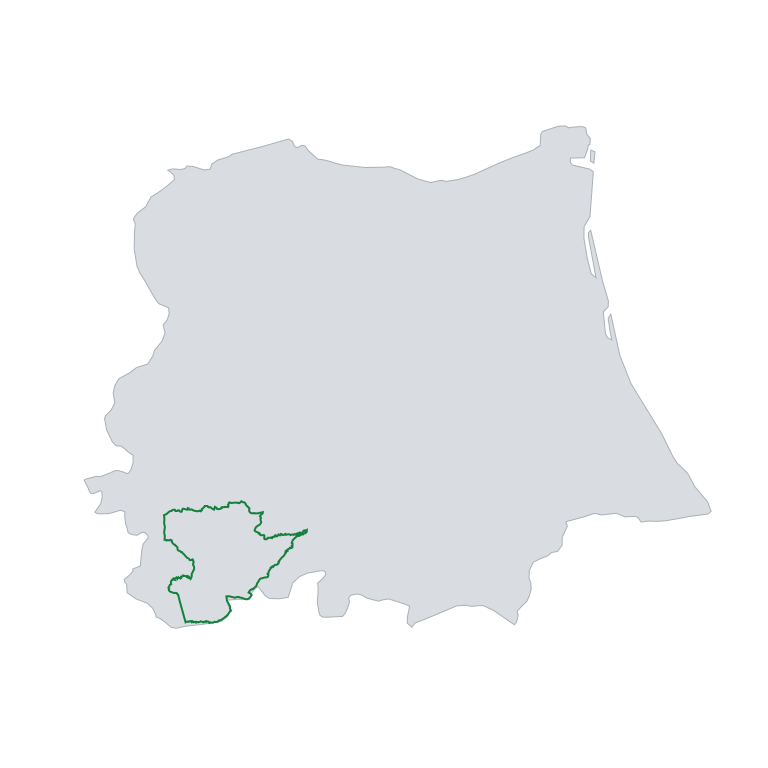 location of Kabadougou, Denguélé, Ivory Coast, rotated 263°
{"feature_id": "98640826B2974603948771", "entity_name": "Kabadougou", "entity_type": "district", "adm_level": 2, "iso_a3": "CIV", "parent_name": "Ivory Coast", "parent_adm1": "Denguélé", "projection": "natural_earth1", "projection_center": [-7.327, 9.255], "detail": "fine", "context": "in_parent", "style": "outline", "palette": "green", "viewbox_px": 768, "rotation_deg": 263, "n_neighbors": 0, "source": "geoboundaries", "source_scale": "gbopen_adm2", "svg_char_len": 9728}
<svg xmlns="http://www.w3.org/2000/svg" viewBox="0 0 768 768"><g transform="rotate(263 384 384)"><path d="M180.6,129.4L183.1,129.3L189.5,127.1L195.4,122.2L200.8,111.9L208.1,103.6L216.4,104.2L218.8,102.7L221.7,102.4L225.2,107.9L228.7,112.0L231.1,112.1L233.0,119.9L248.1,123.2L254.5,125.4L260.0,131.1L261.8,131.2L264.1,130.0L265.9,128.0L266.3,125.8L264.0,120.7L265.0,116.0L267.4,111.9L271.3,111.6L277.1,110.5L283.8,110.5L288.8,111.2L290.8,107.1L288.9,95.4L289.4,89.0L290.2,83.6L292.1,81.4L299.6,88.2L306.4,90.6L311.3,90.8L312.7,89.6L310.6,82.1L311.1,79.9L312.9,78.6L316.1,77.9L324.8,74.8L325.8,75.4L327.4,87.1L326.6,90.9L328.5,98.9L330.7,106.3L330.6,109.3L328.7,113.8L326.5,118.0L326.8,119.7L330.2,122.6L336.9,125.5L343.8,126.2L347.6,121.9L351.6,118.4L354.4,115.3L355.3,110.7L359.7,107.3L372.1,103.1L383.6,102.4L386.4,103.8L391.6,110.2L398.2,114.6L408.2,114.1L415.4,116.7L421.7,121.7L426.0,132.7L430.6,140.6L432.6,151.9L439.9,157.9L445.6,160.5L453.4,168.8L461.4,172.9L469.7,172.0L473.5,176.3L479.7,179.3L485.9,179.5L491.3,170.1L498.5,166.3L516.6,158.8L523.8,155.3L531.0,153.2L548.5,152.5L564.8,154.8L572.8,156.6L578.3,155.3L583.6,159.8L589.0,169.2L593.5,172.2L598.0,175.5L601.4,182.9L605.4,190.3L607.5,193.6L612.4,200.9L616.6,201.0L620.7,197.8L622.5,195.5L623.3,200.3L621.7,208.1L622.1,212.9L624.4,214.8L623.2,221.0L618.4,231.6L618.4,237.8L623.2,239.8L626.6,246.4L628.6,257.8L630.7,261.6L630.9,263.9L634.4,291.4L638.8,319.0L636.1,322.6L632.4,323.6L630.0,324.9L629.3,327.5L630.9,331.3L629.9,334.7L625.2,337.1L615.1,345.8L614.5,349.3L611.8,356.8L609.6,361.4L606.3,369.8L601.1,392.2L599.2,410.7L599.0,416.4L596.9,420.4L594.6,426.1L583.7,442.0L578.1,455.0L578.9,460.6L579.1,466.3L577.5,470.4L577.8,481.3L579.2,490.5L581.2,499.5L589.2,525.0L593.3,540.4L596.0,552.9L598.2,561.3L600.4,564.7L601.3,567.9L613.1,570.2L615.4,572.1L618.6,588.3L618.1,595.6L615.8,598.4L615.9,604.7L615.3,612.4L613.6,615.4L607.0,615.8L602.5,618.7L596.6,617.6L596.0,615.7L592.8,615.0L584.1,610.6L585.5,596.5L581.4,595.9L578.3,597.7L572.1,614.7L569.1,617.6L525.3,608.9L515.8,601.8L504.4,600.2L484.6,601.0L468.2,603.1L463.5,607.4L504.8,604.9L509.3,605.4L511.4,607.9L459.1,613.5L439.2,616.8L433.3,615.9L428.8,610.5L407.1,609.9L402.7,611.6L400.0,615.6L408.5,614.8L422.0,614.5L425.6,617.6L383.5,621.6L354.3,629.2L341.9,634.8L301.2,653.4L276.3,662.1L269.8,665.3L258.5,674.4L244.0,680.1L227.7,690.8L217.7,693.2L215.5,689.8L215.3,671.7L213.9,647.6L214.4,638.3L215.7,629.6L215.7,622.4L220.7,619.7L222.0,616.7L222.7,607.3L227.4,598.8L227.5,583.9L228.8,580.8L229.9,576.9L227.9,567.1L225.3,548.7L224.1,547.5L223.0,548.3L220.4,548.6L210.1,542.2L202.2,541.1L196.7,535.7L196.3,529.5L193.6,525.9L191.8,518.7L189.0,510.5L181.2,505.5L173.9,504.3L168.7,505.4L162.6,505.1L155.7,502.3L150.8,499.2L146.3,493.2L142.1,488.4L138.7,489.0L134.6,487.9L130.5,485.7L129.2,484.0L146.1,464.9L151.9,455.5L152.5,449.8L152.6,444.0L154.4,438.1L154.9,429.1L145.6,396.3L143.2,386.2L140.7,383.2L139.1,382.1L143.8,377.9L150.3,379.0L160.4,382.3L162.5,379.0L170.1,362.5L169.9,356.3L169.1,352.1L173.6,340.8L177.1,336.4L178.9,331.6L178.4,325.2L175.7,322.8L172.2,323.2L168.0,321.6L161.6,317.9L158.4,314.6L159.4,299.7L160.0,295.0L162.2,292.3L165.8,291.6L175.7,291.2L183.7,292.9L190.7,293.9L194.5,293.9L197.5,298.3L201.6,302.8L205.2,302.8L206.4,299.4L205.6,284.7L203.2,276.8L197.8,269.3L183.9,262.9L183.6,253.9L185.0,244.2L188.0,240.5L198.3,234.3L196.5,231.0L193.2,227.5L186.6,223.9L188.2,212.2L188.5,201.8L182.9,203.0L177.2,203.6L172.4,200.4L168.4,194.1L167.6,176.7L167.7,156.6L166.9,147.7L168.5,143.0L173.4,138.6L178.7,133.0L180.6,129.4ZM590.9,617.8L588.7,621.7L577.6,619.2L580.2,616.0L590.9,617.8Z" fill="#d9dde1" stroke="#a8b0b8" stroke-width="1"/><path d="M248.3,289.6L247.8,288.8L248.5,288.2L248.4,287.8L247.7,287.3L248.3,286.6L247.3,285.4L246.4,284.7L246.0,283.6L246.8,282.6L246.8,281.9L246.7,281.6L246.2,281.8L246.0,282.1L246.2,282.3L245.3,281.5L246.1,281.6L246.5,281.3L246.1,278.8L245.3,278.7L245.2,279.2L245.0,278.8L245.5,278.1L245.4,277.5L245.9,276.7L245.7,276.1L245.3,275.8L245.9,274.3L245.4,272.7L246.0,272.4L246.6,270.7L246.2,268.2L246.3,268.1L246.7,268.1L246.7,267.8L247.2,267.6L246.4,266.2L246.4,265.0L247.4,264.2L247.8,263.5L247.7,263.3L247.0,263.4L246.4,262.6L246.5,261.9L247.4,261.0L246.7,260.7L246.5,259.6L245.8,259.2L245.9,258.9L246.8,258.4L247.1,257.9L247.0,257.3L246.8,257.1L245.9,257.3L245.7,256.3L245.8,254.9L244.9,254.5L244.6,254.1L245.0,253.4L245.2,253.9L245.5,254.0L245.5,253.1L245.1,252.3L245.6,250.1L245.4,249.7L244.6,249.3L244.3,248.7L244.2,247.7L244.5,246.7L245.1,246.3L245.6,246.6L246.5,246.4L247.6,246.8L248.5,246.6L248.7,246.3L248.7,245.2L249.1,242.9L249.9,242.6L250.5,241.8L250.8,242.3L251.1,242.3L253.2,238.7L254.2,237.7L254.9,237.9L257.3,239.3L258.7,241.4L259.3,243.1L260.0,244.1L261.8,245.3L264.5,244.8L265.4,245.1L265.8,245.5L266.5,245.6L268.0,244.7L269.7,246.5L270.1,247.6L271.5,248.1L271.3,245.1L271.0,243.5L271.1,241.7L271.4,241.1L271.2,240.4L271.4,239.7L271.8,239.1L271.6,238.6L271.7,237.5L272.1,236.3L272.6,235.6L274.0,234.8L275.9,234.8L276.9,235.3L277.5,235.1L278.7,233.7L279.5,233.5L280.0,232.8L281.3,232.0L282.3,232.0L282.9,231.6L283.6,230.8L283.7,229.8L285.0,228.1L283.4,226.1L283.5,224.9L284.1,224.3L284.0,223.5L284.4,222.5L284.5,218.0L285.3,216.2L284.8,215.9L284.8,215.5L284.0,215.3L283.2,214.4L281.5,214.8L280.8,214.1L281.1,213.6L281.1,212.1L281.5,211.1L281.2,210.2L281.6,208.3L281.4,207.9L280.8,207.9L280.7,207.2L280.1,206.8L280.0,205.9L280.0,203.9L280.4,202.9L280.7,202.6L281.5,202.7L282.7,201.2L280.0,199.9L281.3,198.1L282.9,196.8L283.0,196.1L282.8,195.6L282.8,195.2L283.3,194.8L283.6,194.1L284.4,193.9L284.7,191.2L283.2,189.9L281.9,187.7L280.9,187.8L280.8,187.3L280.0,186.7L280.0,186.3L280.7,185.6L280.6,184.3L280.3,183.5L281.2,180.6L282.1,178.7L282.6,178.4L283.1,177.4L282.8,176.5L282.9,175.7L283.3,175.3L284.4,174.9L284.3,174.5L284.6,174.1L283.2,173.5L283.2,173.3L284.8,169.3L284.5,168.8L282.1,167.7L281.8,167.3L281.9,166.7L282.5,165.8L283.7,165.0L283.6,164.0L283.2,163.5L283.3,161.6L283.6,161.3L284.5,161.2L284.8,160.9L284.8,159.2L284.4,158.0L283.8,157.6L283.9,156.3L283.1,154.6L281.5,152.5L280.6,149.6L277.3,149.7L272.8,148.8L268.8,149.1L263.9,147.8L261.5,147.7L260.0,148.0L256.1,147.2L255.9,148.4L255.3,148.7L255.1,149.3L255.2,149.9L255.5,150.3L255.1,151.1L255.0,152.3L255.4,152.7L255.4,153.1L255.0,153.5L254.8,154.1L254.1,154.1L253.8,154.4L253.2,154.2L251.8,154.8L250.1,156.2L249.9,157.0L248.7,157.5L248.5,158.0L247.2,159.0L244.7,159.0L243.9,159.4L243.1,161.1L241.9,162.0L241.9,162.7L241.5,163.2L241.0,163.2L239.4,164.7L235.9,167.0L234.3,169.1L233.1,169.5L232.7,170.7L233.0,172.2L233.3,172.4L233.2,172.8L231.5,173.0L231.0,173.4L230.3,173.3L229.5,172.8L228.9,172.9L228.1,172.4L227.5,172.5L226.1,173.2L223.9,173.1L222.5,172.5L221.8,171.8L219.9,170.8L219.5,170.3L217.9,169.7L217.2,169.9L215.6,169.3L214.1,168.3L215.5,167.5L215.6,167.3L215.4,167.1L215.6,167.0L215.5,166.6L216.1,166.8L216.2,166.2L216.5,166.7L216.9,166.5L217.0,165.8L217.4,165.4L217.1,164.5L217.5,164.2L217.4,163.5L218.0,162.4L217.8,161.6L218.5,161.2L218.4,160.8L217.6,160.5L217.5,160.0L217.1,159.2L217.3,158.9L217.1,158.8L216.6,159.1L216.2,159.1L215.7,158.2L216.3,157.5L216.1,157.3L215.8,157.4L216.4,157.1L216.5,156.5L217.0,156.3L216.5,155.8L216.6,155.4L216.2,155.2L216.7,155.0L216.7,154.4L217.0,154.9L217.4,154.6L217.0,154.0L216.2,154.0L216.4,153.0L216.0,152.5L216.6,151.9L216.7,151.5L216.1,151.3L215.3,151.9L215.6,151.0L216.0,150.8L215.5,150.3L215.6,149.9L215.0,149.6L214.7,148.9L213.1,148.3L211.1,148.3L210.7,146.9L209.3,146.2L208.2,145.2L207.3,145.4L207.1,145.8L205.8,145.3L205.1,145.5L204.2,146.2L203.7,146.9L202.0,150.4L202.1,152.1L201.4,153.1L200.6,153.2L199.8,154.0L192.6,154.9L171.7,158.0L172.2,159.0L171.9,159.7L172.1,160.5L171.8,161.0L172.2,161.8L172.2,163.9L172.0,164.2L171.5,163.7L170.9,164.0L171.0,164.7L171.7,165.3L170.7,166.1L171.0,168.2L170.8,168.4L170.1,168.4L170.1,168.6L170.5,169.4L170.5,170.0L170.2,170.2L170.1,170.6L170.4,172.5L170.8,173.4L169.5,175.6L169.8,175.9L169.6,176.7L170.1,177.5L169.6,178.0L170.1,178.2L170.3,179.0L169.7,179.7L169.6,180.6L169.0,181.2L168.0,181.5L168.1,181.9L168.6,182.7L168.2,183.4L167.9,185.1L168.7,186.7L168.2,188.3L168.3,189.5L168.8,190.3L168.6,190.9L169.6,191.7L169.4,192.5L169.5,193.2L171.7,197.5L172.1,197.8L172.7,199.3L173.3,199.6L173.8,200.6L176.8,203.2L177.4,204.2L177.9,204.1L178.1,204.4L179.9,203.8L181.0,204.1L182.9,203.8L184.3,202.9L184.9,203.0L187.9,201.7L192.4,201.7L192.2,204.2L191.8,205.7L191.2,206.7L191.0,207.7L190.2,209.4L190.1,210.4L190.5,211.4L190.3,212.5L190.5,213.6L189.7,214.7L189.3,216.1L187.0,221.2L187.2,222.6L187.8,224.3L190.1,226.6L190.8,226.9L191.4,226.7L192.3,225.9L193.5,224.2L195.4,225.7L195.9,226.9L196.6,227.9L196.4,228.4L196.6,229.4L198.1,231.1L198.5,232.0L199.4,232.8L202.1,234.1L203.2,235.4L204.1,235.8L205.4,236.9L206.1,238.4L206.0,239.6L206.5,241.6L206.4,244.1L206.9,245.4L208.5,246.0L209.7,245.3L210.0,246.1L212.2,246.8L214.7,249.0L215.2,248.9L215.7,249.2L215.7,250.4L216.4,250.7L216.7,251.1L216.7,251.5L216.2,251.9L217.8,253.7L217.6,254.9L218.0,256.6L218.7,256.8L218.9,257.5L220.6,258.3L220.7,257.9L221.2,258.3L224.1,261.3L225.6,263.6L227.6,265.2L228.2,265.8L228.5,265.5L230.1,266.0L230.3,266.4L229.6,267.0L229.8,267.6L230.2,267.3L230.9,267.3L231.1,268.1L231.5,268.3L231.5,268.9L232.8,270.5L232.4,271.2L233.0,272.1L232.6,272.2L232.8,272.9L233.2,273.3L234.0,273.3L234.2,272.7L234.5,272.6L234.9,273.5L236.1,273.5L236.4,273.8L236.9,273.4L237.3,273.5L237.6,273.1L238.6,273.7L239.9,274.2L240.4,274.8L240.8,275.1L241.3,276.0L242.0,276.6L242.5,277.8L243.4,278.4L243.5,279.2L243.9,279.6L243.5,280.3L243.6,281.6L244.0,281.9L244.3,283.0L245.0,283.6L245.0,284.6L244.5,285.1L244.5,285.4L245.4,286.1L245.4,287.3L245.8,288.2L246.7,289.3L248.3,289.6Z" fill="none" stroke="#15803d" stroke-width="2"/></g></svg>